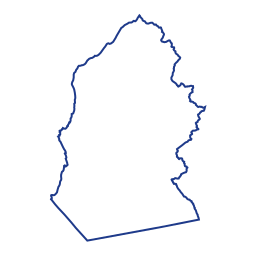 outline of Talara, Piura, Peru
{"feature_id": "86281439B38323615258078", "entity_name": "Talara", "entity_type": "district", "adm_level": 2, "iso_a3": "PER", "parent_name": "Peru", "parent_adm1": "Piura", "projection": "mercator", "projection_center": [-81.054, -4.452], "detail": "fine", "context": "isolated", "style": "outline", "palette": "blue", "viewbox_px": 256, "rotation_deg": 0, "n_neighbors": 0, "source": "geoboundaries", "source_scale": "gbopen_adm2", "svg_char_len": 5765}
<svg xmlns="http://www.w3.org/2000/svg" viewBox="0 0 256 256"><path d="M139.4,15.4L137.7,17.9L137.1,19.2L136.0,20.7L135.5,21.1L135.1,21.3L134.1,20.9L133.6,20.9L132.1,22.2L131.4,22.5L129.3,22.6L128.8,22.7L127.6,23.6L124.7,25.1L122.6,27.1L121.3,27.9L116.7,35.7L115.6,37.9L113.2,41.8L111.1,43.4L110.2,43.7L109.7,43.9L108.3,43.3L107.1,43.8L106.7,44.2L105.2,46.6L104.1,47.9L100.6,52.8L98.7,54.7L97.7,55.4L96.8,55.8L95.3,55.9L94.8,55.8L94.3,56.5L93.0,57.4L92.1,57.9L90.8,58.1L89.2,58.8L88.3,59.6L88.0,60.0L87.4,60.4L85.7,63.2L84.7,64.2L83.8,64.7L82.7,65.2L81.8,65.2L81.2,65.5L80.1,65.8L78.9,65.8L78.0,66.8L77.3,68.6L76.3,69.6L75.4,71.9L74.3,72.8L74.1,73.1L73.7,74.6L73.7,77.5L73.2,80.3L72.2,82.2L71.8,84.0L72.0,84.8L73.5,87.7L74.2,89.5L74.8,92.6L75.2,95.7L75.3,97.9L75.1,99.0L74.8,99.8L75.0,102.6L74.9,103.1L74.3,103.6L74.3,104.4L74.4,106.2L74.2,107.3L74.4,108.8L74.2,110.6L73.2,113.4L72.6,113.7L71.7,114.0L71.7,116.2L71.3,117.6L70.6,118.5L70.6,120.6L70.2,121.9L69.8,122.5L69.6,122.4L69.5,122.1L69.2,122.3L68.8,123.8L68.1,124.7L67.9,126.1L67.5,126.4L67.4,126.1L67.2,126.1L67.0,127.0L66.4,127.9L65.5,128.7L63.8,128.6L63.5,128.3L62.9,128.0L62.4,129.2L62.1,129.5L61.8,129.4L61.4,130.1L60.9,130.4L60.5,131.1L60.2,131.1L59.8,130.7L59.6,130.8L59.7,131.4L59.6,132.0L60.0,132.2L60.2,132.6L60.2,134.3L59.2,134.9L59.5,135.5L59.1,135.6L59.0,136.0L58.8,136.1L58.7,136.3L58.2,136.5L58.5,136.9L58.6,137.6L58.9,137.8L59.2,138.6L59.1,139.1L59.3,139.5L59.2,140.1L59.8,141.1L60.4,141.6L62.9,146.9L64.1,149.2L65.1,150.6L65.7,152.0L65.8,153.2L65.6,153.3L64.9,153.3L64.8,153.5L65.7,155.0L66.1,156.3L66.4,157.4L66.2,158.1L65.7,158.6L67.2,162.9L67.3,163.9L67.6,164.8L67.3,165.3L66.8,165.6L66.0,166.3L65.7,166.5L65.3,166.5L65.1,166.3L65.0,165.6L64.8,165.4L64.3,165.7L64.0,166.0L64.1,166.8L63.6,170.0L62.9,171.2L62.2,171.6L61.9,172.0L61.1,174.9L61.1,176.8L61.3,178.4L61.2,179.8L60.3,181.2L60.0,182.3L59.9,183.7L59.6,184.9L59.0,186.1L58.5,186.7L57.6,189.7L57.0,192.3L56.1,193.5L54.8,194.8L54.3,195.1L53.7,195.2L52.1,195.0L51.3,195.1L51.1,195.5L51.1,195.9L51.7,197.2L51.8,198.2L51.7,198.9L51.1,199.0L51.0,199.3L51.5,199.7L55.1,204.3L58.4,208.1L64.3,214.4L71.2,222.3L75.9,228.0L87.3,240.6L161.4,227.0L198.9,219.6L198.6,217.9L197.7,215.7L197.6,214.6L196.8,213.5L195.8,210.2L195.2,209.5L194.6,208.5L194.8,207.9L194.4,207.5L193.8,205.2L193.3,204.7L193.2,203.8L192.9,203.8L192.4,202.8L191.7,202.2L191.8,201.8L191.6,201.5L191.5,201.1L190.8,200.9L190.2,200.5L189.6,199.7L189.3,199.6L188.5,199.6L187.3,198.9L186.8,198.3L186.5,197.7L185.4,196.9L184.8,196.6L184.1,196.6L183.9,196.4L182.2,193.7L180.8,192.2L179.5,190.2L179.1,189.9L177.9,188.4L177.1,186.9L176.7,185.4L176.3,185.1L176.1,184.0L175.9,183.9L173.9,183.9L173.7,183.5L173.7,183.0L173.2,182.7L172.9,182.2L172.8,181.2L172.0,180.7L171.6,179.5L171.8,179.3L174.2,178.9L175.2,178.1L177.5,178.6L178.7,178.5L179.2,177.4L179.6,177.2L179.7,176.8L180.9,175.4L181.0,174.5L181.4,174.0L182.5,173.6L183.4,173.0L184.7,172.6L185.0,172.4L185.8,172.3L186.0,172.2L186.5,171.3L186.7,170.0L186.5,169.1L187.0,168.0L187.3,167.8L187.4,167.5L186.8,167.0L186.5,166.9L186.4,166.5L185.5,166.4L185.0,166.1L184.6,164.9L184.7,163.7L184.0,163.0L184.1,162.3L184.0,162.0L184.1,161.7L183.3,161.4L182.6,160.6L182.3,159.9L182.3,159.1L182.0,158.5L181.7,158.3L180.3,158.3L179.8,158.5L179.1,159.1L178.9,159.0L178.6,158.3L178.2,158.1L178.2,157.6L177.7,157.3L177.1,157.0L176.9,156.6L177.0,155.4L176.7,154.6L176.3,153.9L176.4,153.5L176.3,153.0L176.7,152.4L177.4,151.9L177.8,151.1L177.8,150.6L177.2,149.9L177.0,149.1L182.2,145.2L185.5,142.5L187.6,141.7L188.4,140.5L189.0,140.2L191.0,139.8L191.4,139.0L190.6,138.3L190.2,137.4L190.1,135.6L190.3,135.2L191.3,134.7L192.1,134.0L192.0,133.4L191.4,132.7L191.3,132.4L191.5,131.9L191.9,131.7L192.2,131.2L193.1,130.6L193.8,130.7L195.3,130.5L195.9,130.3L196.8,129.5L197.6,129.5L198.3,129.3L198.4,129.1L198.3,128.9L197.4,128.3L197.2,127.7L196.5,127.0L196.9,126.5L197.0,125.9L196.2,124.4L196.2,123.8L195.8,123.0L196.1,122.6L197.6,121.9L197.6,121.3L198.4,120.1L199.2,119.7L199.8,118.9L199.4,118.0L198.4,116.3L198.0,114.7L198.2,114.4L199.4,113.8L199.8,113.2L200.0,112.6L201.1,111.9L201.5,111.2L202.5,111.0L203.2,110.7L203.7,110.8L204.3,109.8L205.0,107.0L203.7,107.7L203.1,107.7L202.3,107.3L201.7,106.8L201.0,107.0L200.4,106.7L199.6,106.6L198.2,107.0L197.7,106.7L196.7,105.6L195.9,104.9L195.9,104.1L195.3,103.4L193.6,102.8L193.3,102.1L192.3,101.7L190.9,101.7L190.3,101.3L190.0,101.0L190.1,100.8L190.5,100.3L190.5,100.1L189.2,97.6L189.0,96.7L189.7,95.8L189.7,95.2L189.5,94.7L190.0,93.9L191.7,92.4L192.2,92.3L192.6,92.0L192.4,91.4L192.5,90.3L192.0,89.5L193.2,87.8L193.0,86.1L192.2,86.1L191.5,85.8L190.8,85.8L189.9,86.0L189.3,86.3L187.6,86.3L187.2,86.6L186.6,86.5L185.3,86.8L184.8,86.6L184.2,85.5L183.3,84.4L182.3,83.7L181.3,83.4L180.9,84.0L180.3,85.3L178.6,86.5L178.3,86.6L177.9,86.2L177.7,85.5L177.0,85.2L176.5,84.2L175.6,83.2L173.6,81.8L172.7,81.2L172.2,80.6L171.4,79.2L171.4,78.2L171.4,77.5L172.6,75.3L172.8,72.9L173.6,71.5L174.0,70.3L173.7,68.4L174.0,68.0L174.0,66.8L174.8,65.5L174.6,64.4L176.2,62.6L177.5,61.5L177.8,60.9L178.6,59.9L179.8,58.8L180.2,57.7L179.5,56.7L178.5,56.1L177.6,54.7L176.2,53.8L175.6,53.0L175.4,52.4L175.5,51.4L174.1,50.3L173.6,49.4L174.2,48.2L174.1,47.4L171.6,46.9L171.4,46.6L171.8,45.5L171.8,43.4L171.0,42.8L169.8,40.5L169.4,40.4L169.0,40.4L168.0,40.8L166.1,41.9L164.3,42.2L163.2,41.8L162.1,41.6L161.2,40.5L161.2,39.9L161.5,39.3L162.5,38.1L163.0,37.0L163.3,36.0L163.9,34.8L164.0,34.1L162.9,32.3L162.0,31.9L162.2,30.8L161.3,28.7L161.0,27.6L160.4,27.4L159.3,27.7L158.9,27.6L157.9,26.2L156.5,25.5L156.2,24.8L155.9,24.5L154.3,24.7L153.3,23.6L152.2,22.7L150.5,22.8L148.3,23.6L147.0,23.5L146.2,23.2L144.9,21.4L143.3,20.8L142.7,20.4L142.4,19.2L141.0,17.6L140.4,17.2L140.0,16.0L139.4,15.4Z" fill="none" stroke="#1e3a8a" stroke-width="2"/></svg>